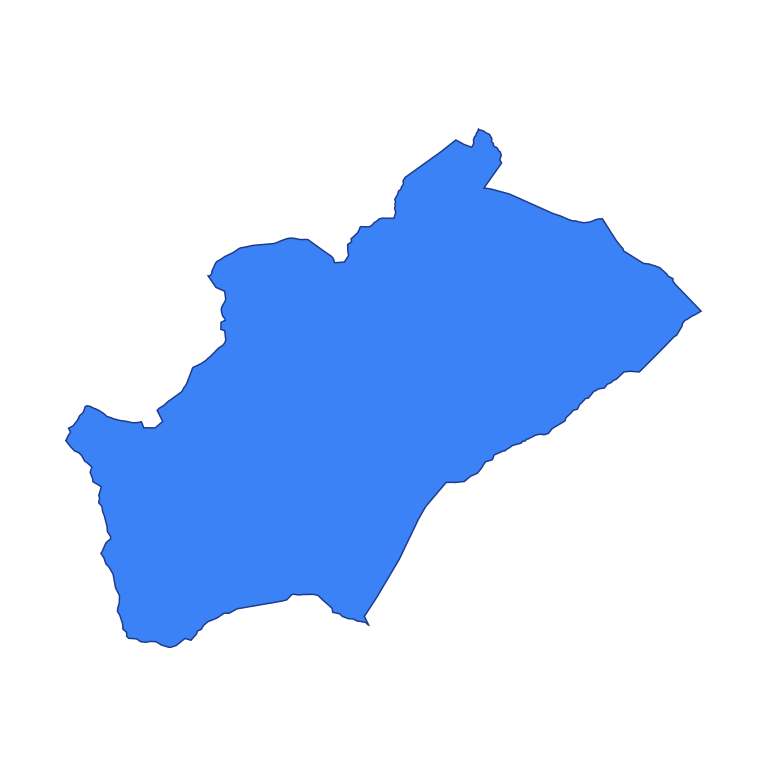 outline of Kwabre East, Ashanti, Ghana, rotated 176°
{"feature_id": "2480657B60556198830817", "entity_name": "Kwabre East", "entity_type": "district", "adm_level": 2, "iso_a3": "GHA", "parent_name": "Ghana", "parent_adm1": "Ashanti", "projection": "orthographic", "projection_center": [-1.514, 6.788], "detail": "fine", "context": "isolated", "style": "filled", "palette": "blue", "viewbox_px": 768, "rotation_deg": 176, "n_neighbors": 0, "source": "geoboundaries", "source_scale": "gbopen_adm2", "svg_char_len": 6157}
<svg xmlns="http://www.w3.org/2000/svg" viewBox="0 0 768 768"><g transform="rotate(176 384 384)"><path d="M100.8,480.8L105.8,483.1L107.4,483.6L111.2,485.2L116.7,486.2L135.8,500.1L136.2,502.4L138.6,505.4L142.3,510.9L147.1,519.6L154.6,533.6L156.5,533.6L158.8,533.7L160.5,533.3L162.2,532.9L163.9,532.2L165.8,531.7L167.7,531.1L169.9,531.1L171.7,531.0L173.3,530.9L174.6,531.2L179.0,532.3L180.3,532.9L181.0,533.2L182.0,533.4L183.2,533.4L184.9,533.7L186.5,534.5L188.1,535.0L189.4,535.7L190.7,536.5L192.1,537.0L192.9,537.5L193.9,538.2L194.9,538.6L196.0,539.2L196.6,539.5L203.0,542.0L245.7,564.8L263.2,570.9L270.6,572.6L251.3,596.2L252.9,599.8L252.1,601.3L251.4,603.1L251.1,604.1L251.4,605.8L252.1,607.8L253.4,608.7L254.3,611.1L255.0,611.9L256.3,612.7L257.0,613.0L257.2,613.3L258.2,614.4L258.2,614.7L258.4,615.0L258.2,616.1L258.4,616.9L259.5,617.9L260.0,618.7L259.3,620.2L259.6,622.4L260.4,623.0L260.8,624.9L262.1,626.1L262.8,626.4L264.2,627.1L265.7,628.2L266.3,629.0L267.9,629.6L268.9,630.4L271.1,630.7L271.9,631.7L272.6,629.9L274.1,627.9L275.2,625.3L276.6,624.0L277.8,621.1L277.6,619.1L278.0,617.4L278.6,616.2L280.0,614.0L287.1,617.2L295.3,622.4L310.7,611.9L348.4,588.7L348.9,588.0L350.2,586.3L350.8,585.4L350.7,582.3L351.2,581.3L351.9,580.5L352.5,579.9L353.1,578.8L353.3,577.7L353.7,577.1L354.5,576.3L355.6,575.9L356.1,575.2L356.5,574.3L356.8,573.2L356.8,572.7L358.4,570.5L360.3,567.5L360.2,566.5L359.9,565.5L359.9,564.5L360.2,563.6L360.5,562.8L360.5,562.1L360.2,561.4L360.4,560.6L360.9,559.5L361.1,558.3L360.8,556.9L360.5,555.4L360.4,554.2L362.5,548.7L372.4,549.4L373.8,549.6L377.3,549.0L380.3,546.7L382.3,545.8L384.8,543.4L387.4,541.9L389.1,541.9L396.1,542.6L397.3,541.6L397.5,540.3L399.9,536.6L406.7,531.1L406.4,528.2L410.5,525.7L410.8,519.2L410.4,514.5L414.5,509.2L414.7,508.4L423.5,508.4L424.7,508.5L425.4,509.4L425.3,511.2L425.7,512.3L426.7,513.9L427.8,515.3L428.5,515.8L435.4,521.3L449.6,533.2L451.8,533.7L454.5,533.7L458.2,534.1L463.0,535.5L467.1,536.1L470.9,535.7L477.3,533.9L481.6,532.3L485.2,531.7L486.5,531.7L505.1,531.4L513.3,530.2L517.6,529.8L519.4,529.1L523.5,526.6L525.6,525.5L532.2,522.9L533.6,522.4L534.4,522.0L535.5,521.3L536.8,520.4L538.5,519.5L540.0,518.8L541.2,518.3L542.4,517.7L543.2,516.8L543.8,515.7L544.9,514.0L545.1,513.3L545.5,512.5L546.3,511.3L546.9,510.2L547.8,508.5L548.0,507.8L548.2,506.4L548.3,505.8L549.8,504.3L550.8,504.1L551.9,504.1L544.9,492.1L536.5,487.6L536.0,479.7L536.1,479.1L536.9,477.6L538.0,475.8L540.0,472.9L540.6,471.7L540.9,470.7L541.2,469.0L541.0,467.6L540.4,464.0L539.8,462.4L538.3,460.5L537.7,458.8L542.3,456.8L542.9,449.8L539.1,448.3L539.0,443.0L538.8,440.1L538.8,439.0L539.1,438.3L539.4,437.3L539.9,436.3L540.8,435.3L541.2,434.8L541.8,434.2L542.7,433.6L543.6,433.0L544.3,432.5L545.1,432.2L545.9,431.7L547.0,431.0L547.6,430.4L549.9,428.4L551.0,427.2L551.8,426.6L552.7,425.9L554.5,424.3L555.8,423.2L558.2,421.6L560.0,420.0L561.4,419.1L562.9,418.4L564.9,417.1L567.2,416.3L568.5,415.6L570.3,415.0L571.6,414.5L572.8,414.2L573.5,413.6L574.0,412.9L574.3,412.4L575.6,409.4L580.3,399.3L580.6,398.6L581.7,396.8L582.7,395.5L583.9,394.3L584.5,393.3L585.3,391.7L586.5,390.4L586.8,390.1L598.9,382.6L599.6,382.3L601.9,380.6L602.6,380.0L604.5,378.4L605.5,377.8L606.3,377.4L609.9,375.5L610.5,375.0L611.1,374.5L611.6,373.8L612.1,373.5L607.4,362.1L615.3,356.2L626.7,357.1L628.7,363.3L629.1,363.2L630.5,362.9L631.4,362.8L633.0,362.7L633.7,362.8L635.1,362.8L635.9,362.8L637.1,362.8L643.7,364.7L646.6,365.4L648.6,365.7L649.9,366.0L650.9,366.4L653.4,367.2L654.6,367.6L655.7,367.9L656.6,368.3L657.6,368.9L658.7,369.4L659.2,369.6L660.0,370.0L660.7,370.2L661.1,370.3L662.6,370.9L665.1,373.4L665.8,374.3L667.3,375.2L669.5,377.1L671.0,378.0L672.0,378.4L673.4,379.4L674.8,379.8L675.9,380.4L677.1,381.3L678.5,382.0L679.5,382.4L680.6,382.7L681.3,382.9L681.8,382.9L682.3,382.9L682.6,382.7L682.9,382.7L683.4,382.3L683.7,382.1L683.9,381.6L684.2,381.1L684.4,380.6L684.7,379.6L684.9,378.9L685.3,378.2L685.7,377.4L686.3,376.6L686.8,375.9L688.3,374.8L689.5,373.8L690.2,373.1L690.7,372.2L690.9,371.7L691.2,371.0L691.6,370.6L691.7,370.2L691.9,369.8L697.0,364.0L701.2,362.1L701.8,361.9L700.1,357.8L702.6,354.6L705.1,350.1L705.4,349.8L701.0,343.2L697.4,338.9L693.1,336.6L690.6,333.7L688.1,328.2L685.4,325.9L681.2,321.5L683.3,316.4L681.3,310.0L681.1,306.8L673.2,301.2L675.3,295.2L676.3,293.0L675.7,289.3L676.6,287.1L676.8,285.2L675.2,283.3L673.9,281.4L673.6,276.4L672.3,272.5L670.2,261.1L670.2,255.9L667.5,251.1L667.5,248.4L670.9,246.3L672.7,244.5L677.1,236.1L678.2,234.9L675.5,230.0L673.9,223.8L671.2,220.7L667.5,213.1L666.0,199.3L662.6,191.5L663.3,184.3L665.3,178.6L665.8,175.9L663.7,171.8L661.5,163.1L661.5,157.7L658.0,154.1L658.3,150.3L656.4,148.1L648.5,147.0L644.7,143.9L639.4,143.0L635.3,143.5L629.5,142.9L624.2,139.1L616.8,136.3L614.8,136.3L609.6,137.6L600.3,144.0L595.7,142.4L594.5,141.8L588.3,147.8L587.4,150.6L583.5,151.9L580.8,155.8L576.2,159.2L570.4,161.0L566.5,162.4L559.5,166.5L554.3,166.2L546.1,170.1L542.9,170.3L500.6,174.6L496.0,175.5L490.8,180.3L488.6,180.6L484.4,179.6L478.8,179.6L469.2,179.1L464.5,177.7L460.6,173.2L454.9,167.5L451.5,163.9L451.0,159.8L444.1,157.8L441.8,155.1L435.7,152.3L431.4,151.9L427.3,149.4L423.7,148.7L418.7,147.3L417.1,145.2L416.2,144.7L419.3,152.5L420.0,153.3L406.3,171.4L381.0,208.1L358.9,247.0L350.9,258.9L328.8,281.5L323.3,281.2L320.0,280.8L310.5,281.2L308.0,283.2L303.9,286.0L297.0,288.5L292.5,293.4L291.8,294.4L290.7,296.1L289.7,297.5L288.0,299.4L282.8,300.5L281.6,300.7L280.8,301.5L279.1,305.5L270.4,308.7L268.2,308.9L265.7,310.5L262.9,311.9L260.2,313.7L252.2,315.3L251.3,315.5L249.5,317.3L247.2,317.3L245.4,319.1L244.1,319.1L236.5,322.4L231.7,323.1L229.5,322.5L226.7,322.3L223.3,323.4L219.2,327.9L218.6,328.2L206.1,334.5L204.8,337.7L199.7,341.8L197.0,344.6L192.9,345.3L190.4,349.6L185.3,354.1L184.5,355.3L181.1,355.7L175.6,361.6L174.9,362.3L173.3,362.5L170.6,364.1L164.3,364.7L161.3,368.2L157.9,369.3L154.7,371.6L151.7,372.7L143.8,379.3L137.4,379.5L128.5,378.2L105.2,398.5L91.0,411.2L88.8,412.1L82.8,420.7L82.1,423.3L79.6,426.4L77.1,427.3L71.9,430.3L68.9,431.4L62.6,434.6L86.5,463.1L88.6,466.4L88.4,468.9L93.3,471.9L94.0,473.7L100.8,480.8Z" fill="#3b82f6" stroke="#1e3a8a" stroke-width="1.5"/></g></svg>